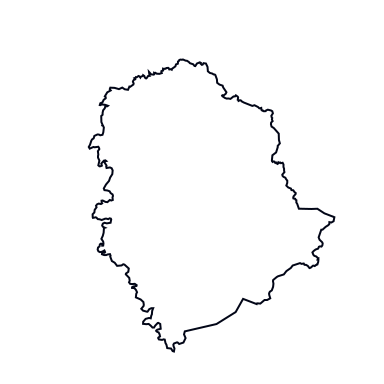 outline of Adansi Akrofuom, Ashanti, Ghana, rotated 60°
{"feature_id": "2480657B88279606337785", "entity_name": "Adansi Akrofuom", "entity_type": "district", "adm_level": 2, "iso_a3": "GHA", "parent_name": "Ghana", "parent_adm1": "Ashanti", "projection": "mercator", "projection_center": [-1.679, 6.031], "detail": "fine", "context": "isolated", "style": "outline", "palette": "ink", "viewbox_px": 384, "rotation_deg": 60, "n_neighbors": 0, "source": "geoboundaries", "source_scale": "gbopen_adm2", "svg_char_len": 5995}
<svg xmlns="http://www.w3.org/2000/svg" viewBox="0 0 384 384"><g transform="rotate(60 192 192)"><path d="M212.0,98.9L211.5,100.6L210.5,100.9L210.1,102.1L209.4,102.4L209.8,103.0L210.4,102.6L210.4,104.0L209.5,104.2L209.1,104.7L208.5,104.5L208.2,105.4L206.9,105.4L206.2,106.2L206.3,107.1L205.4,107.3L204.7,107.1L200.4,104.0L199.8,99.4L196.0,95.3L195.0,94.8L193.8,91.6L190.4,90.7L184.8,87.7L177.4,89.2L175.1,90.4L172.7,89.7L171.4,88.7L170.9,86.7L169.3,86.6L168.0,85.5L167.4,85.7L165.7,85.2L164.3,82.6L162.2,82.1L160.9,82.8L158.6,85.2L158.4,87.1L158.8,87.8L158.0,89.4L156.8,89.9L156.8,90.4L155.7,90.8L153.8,90.0L153.5,91.4L153.1,91.9L151.5,92.3L148.1,94.5L147.6,96.7L140.4,102.4L138.3,103.7L137.5,103.7L136.5,104.5L136.4,106.1L135.7,105.9L135.0,106.3L133.4,104.9L132.4,104.7L130.2,105.7L130.7,107.0L130.0,108.3L130.6,112.1L129.0,114.0L128.6,115.1L127.1,116.4L124.2,117.8L123.5,117.7L123.5,117.0L124.2,116.4L123.8,113.7L122.8,112.3L117.0,112.7L115.2,112.3L112.7,114.5L110.0,115.6L106.9,114.1L102.4,113.3L101.6,113.6L100.9,114.6L99.7,115.1L97.8,117.0L95.4,117.9L91.4,116.0L87.7,115.7L86.2,117.6L87.0,119.1L86.8,119.9L85.1,120.4L84.6,119.8L83.6,120.4L83.2,123.5L84.6,126.2L84.1,126.8L82.0,127.1L79.4,129.4L77.9,129.7L75.9,130.7L75.0,131.9L72.7,133.6L72.5,134.6L71.7,135.5L71.3,136.9L71.9,137.7L72.0,138.9L73.8,140.1L73.5,142.1L74.9,143.6L75.3,147.6L76.0,148.4L75.0,149.0L74.5,150.4L73.0,150.3L72.6,150.5L71.8,152.3L72.1,153.2L71.5,154.1L71.5,154.8L70.7,155.4L71.3,155.9L72.1,156.0L72.4,156.5L72.0,158.0L72.6,158.5L73.9,158.7L73.4,161.1L71.9,163.4L70.5,164.1L70.5,164.6L69.8,165.2L71.2,165.9L71.2,166.5L69.5,168.9L68.9,168.7L66.5,169.2L69.5,170.4L69.7,171.0L70.1,170.9L69.6,172.2L70.6,174.0L70.7,175.0L69.4,175.6L67.7,175.3L66.4,175.9L66.9,176.4L66.6,179.0L67.0,179.5L65.6,179.7L64.8,180.3L65.0,182.9L64.5,183.2L64.8,183.7L64.7,184.5L65.2,184.7L65.0,185.0L66.0,185.0L65.8,186.3L66.3,187.3L67.0,188.1L68.7,188.2L69.6,189.0L70.0,193.0L69.4,193.5L71.5,196.3L69.4,198.9L66.7,200.2L66.4,203.8L63.1,207.0L60.8,210.6L61.8,211.8L63.4,211.6L63.3,215.5L65.6,219.7L66.7,219.3L67.7,219.9L68.0,222.4L69.6,224.7L69.3,227.0L70.6,228.4L70.9,228.1L71.1,226.3L73.0,223.7L75.3,221.7L75.4,222.5L74.6,224.4L75.9,225.7L76.8,228.1L78.7,229.8L80.4,230.8L80.8,232.6L86.1,235.5L89.2,235.9L89.5,236.4L90.1,235.9L92.1,236.1L96.0,239.0L97.7,240.9L97.0,243.1L95.7,243.9L94.9,245.1L94.6,248.5L96.4,250.4L96.5,252.3L97.3,253.6L100.1,256.7L101.4,258.9L103.3,258.9L103.7,254.9L104.6,253.9L106.0,250.5L107.5,250.5L108.5,250.8L109.6,253.1L112.9,254.5L113.8,255.4L115.2,256.2L118.5,256.5L122.1,259.8L123.5,259.3L124.0,258.2L124.1,256.9L122.0,256.3L120.8,252.6L121.3,251.2L122.3,250.8L121.9,252.3L122.2,253.0L126.2,252.8L126.6,252.9L127.1,253.6L128.5,254.0L129.7,250.8L131.2,249.7L133.6,249.9L136.7,252.1L138.6,255.7L140.9,258.3L142.5,262.7L144.8,266.6L146.6,266.9L148.4,264.5L150.2,263.0L152.3,263.0L154.4,262.0L155.9,262.4L157.0,263.6L159.3,264.6L159.0,266.2L157.8,267.2L158.5,270.3L157.3,271.9L154.7,273.6L154.3,274.7L156.0,275.5L156.9,275.5L156.9,276.9L155.4,278.6L155.2,280.3L155.9,282.0L157.5,282.3L158.8,285.2L160.9,286.8L161.6,289.2L164.2,290.6L164.9,290.7L165.8,288.0L166.4,287.6L168.4,287.1L169.4,285.7L171.1,284.2L171.7,280.5L172.4,279.3L173.6,278.2L173.6,276.5L174.5,275.6L175.4,275.7L177.9,277.9L176.6,281.4L174.9,283.2L174.8,285.0L176.0,286.5L176.7,286.6L177.9,286.4L179.4,285.3L179.2,286.3L183.1,288.9L185.4,291.2L187.3,293.9L190.5,293.7L192.3,294.4L194.0,295.7L193.6,296.6L192.0,295.9L191.2,296.6L191.3,298.0L192.9,299.3L193.1,301.1L194.7,302.5L196.6,302.7L198.0,301.8L198.8,299.7L198.8,297.1L200.6,297.3L200.9,298.1L199.7,299.5L199.7,300.2L200.9,301.1L202.6,299.7L203.7,297.9L203.9,296.3L204.8,294.1L206.5,294.4L207.0,295.1L211.7,295.9L214.6,294.3L218.5,293.8L220.4,289.7L220.2,287.7L221.1,286.8L226.6,285.0L229.3,287.1L229.6,290.0L230.2,290.5L235.0,289.3L237.7,290.3L238.7,291.7L240.6,291.5L241.7,290.1L242.9,287.5L245.0,286.5L245.6,287.1L244.5,290.0L244.5,291.5L245.1,291.9L246.5,289.9L248.8,289.5L251.3,289.7L252.3,291.2L255.2,293.3L259.4,290.2L263.0,289.1L265.5,290.1L266.5,290.9L267.8,294.3L270.3,293.7L273.3,290.7L273.4,290.3L272.1,287.6L272.3,285.3L273.2,283.7L275.0,285.9L278.0,288.0L278.6,289.0L280.8,290.9L279.6,292.2L278.7,295.6L279.9,299.1L281.7,300.3L283.6,297.7L284.6,295.5L287.0,294.6L289.6,294.0L290.4,292.7L289.3,290.6L288.3,287.2L288.5,286.6L290.4,285.5L294.8,287.5L293.9,290.8L294.0,291.9L294.3,292.5L295.7,292.1L296.9,291.1L298.9,291.2L301.1,291.9L301.2,293.7L301.5,294.3L303.1,294.4L305.1,291.9L305.4,290.3L306.2,289.4L309.6,290.5L311.4,290.5L314.8,291.5L317.1,288.4L320.1,288.3L321.1,287.4L318.7,285.4L316.4,285.1L314.9,284.5L314.2,283.3L314.7,280.2L315.1,279.7L317.2,279.1L318.1,274.7L315.3,270.6L311.3,270.1L309.1,267.9L318.6,236.8L317.8,214.2L310.1,201.2L322.2,191.4L320.6,192.6L321.2,190.9L322.8,188.6L321.8,183.2L323.1,180.9L323.2,177.4L319.5,176.5L318.3,175.9L317.3,174.5L317.1,172.1L314.7,169.2L312.1,167.3L309.6,166.4L308.8,165.7L308.0,161.1L308.0,159.6L309.3,153.7L307.7,149.8L307.2,144.4L306.0,141.6L307.6,134.0L309.0,133.1L309.8,131.0L311.3,131.0L312.1,129.7L313.8,128.7L316.6,128.3L316.9,127.2L316.3,124.0L316.7,123.3L317.4,122.9L317.5,122.1L317.2,121.5L317.4,120.6L317.1,120.1L317.4,119.6L315.7,117.7L313.7,116.3L313.3,117.0L312.4,115.7L312.0,116.1L310.0,116.6L308.4,118.0L307.0,118.3L304.5,117.9L303.9,116.0L303.6,113.7L304.1,111.1L302.9,109.5L303.1,108.3L304.0,107.2L303.7,106.4L303.2,105.6L301.8,104.5L300.6,104.4L297.1,105.4L294.6,105.0L289.3,98.9L289.9,97.8L289.0,93.7L288.9,90.8L288.5,89.2L286.8,88.1L288.1,86.6L288.1,84.0L285.0,81.3L276.7,88.0L269.2,91.8L266.4,97.1L259.9,107.8L254.8,106.8L253.3,106.9L251.3,105.7L250.4,106.2L249.5,106.0L248.3,107.4L247.7,107.3L246.6,106.3L245.5,103.2L244.7,102.7L243.2,103.3L241.2,103.4L240.1,104.9L238.5,104.6L236.2,106.4L233.6,107.1L231.8,105.0L229.8,103.8L227.9,104.1L226.3,104.0L224.6,105.2L223.2,105.5L222.1,105.1L221.0,102.0L219.8,101.7L217.8,100.6L216.1,100.3L213.9,99.0L212.0,98.9Z" fill="none" stroke="#020617" stroke-width="2"/></g></svg>